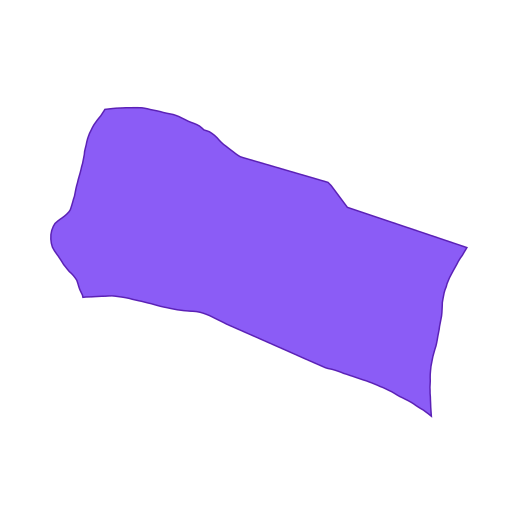 outline of Madghal Al Jid'an, Ma'rib, Yemen, rotated 11°
{"feature_id": "15242507B52101237320931", "entity_name": "Madghal Al Jid'an", "entity_type": "district", "adm_level": 2, "iso_a3": "YEM", "parent_name": "Yemen", "parent_adm1": "Ma'rib", "projection": "mercator", "projection_center": [45.029, 15.629], "detail": "fine", "context": "isolated", "style": "filled", "palette": "violet", "viewbox_px": 512, "rotation_deg": 11, "n_neighbors": 0, "source": "geoboundaries", "source_scale": "gbopen_adm2", "svg_char_len": 3248}
<svg xmlns="http://www.w3.org/2000/svg" viewBox="0 0 512 512"><g transform="rotate(11 256 256)"><path d="M79.7,140.9L79.2,142.3L78.1,145.0L76.9,148.0L75.5,150.5L74.2,153.0L73.0,155.6L71.8,158.3L70.9,161.1L70.0,164.5L69.2,167.3L68.7,170.3L68.3,173.1L68.1,176.4L68.1,179.3L67.9,182.8L67.8,186.2L68.1,189.1L68.1,192.0L68.1,195.4L68.1,198.3L67.8,201.4L67.7,205.0L67.5,208.2L67.2,211.6L66.9,215.0L66.8,217.9L66.5,221.5L66.4,224.6L66.4,228.6L66.4,232.0L66.0,235.0L65.8,237.9L65.5,241.1L65.1,244.6L64.8,246.4L63.9,248.4L62.1,251.2L60.3,253.5L58.2,255.8L56.9,257.1L54.8,259.4L52.5,262.4L51.4,265.5L50.6,269.9L50.6,274.1L51.4,278.6L52.6,282.4L54.5,286.2L57.1,289.3L60.3,292.4L62.4,294.3L62.5,294.5L64.9,296.9L66.8,298.9L68.9,301.2L71.2,303.1L73.5,305.1L75.7,306.9L78.2,308.4L80.4,310.0L82.6,311.9L84.7,314.0L86.3,316.8L88.0,320.1L89.4,322.5L91.3,325.1L93.1,327.5L94.0,329.6L96.5,328.8L99.5,328.1L102.6,327.4L105.3,326.7L108.1,326.0L112.0,325.0L115.8,324.2L118.7,323.4L122.2,322.6L125.3,322.3L129.0,322.1L132.2,321.9L135.7,321.8L139.5,321.8L143.0,322.1L146.5,322.2L149.4,322.3L152.3,322.3L155.2,322.5L158.6,322.7L162.2,322.8L165.4,323.1L168.9,323.4L171.8,323.6L175.2,323.7L178.8,323.7L182.4,323.8L186.1,323.8L189.0,323.8L192.0,323.6L195.5,323.4L198.9,323.0L201.9,322.7L205.3,322.2L208.4,321.9L211.8,321.9L215.0,322.2L218.3,322.7L221.5,323.3L224.5,324.1L227.3,324.9L230.6,325.8L233.6,326.6L236.9,327.5L240.2,328.5L278.2,337.1L310.2,344.4L324.0,347.6L345.4,352.4L348.3,352.7L352.0,352.7L355.3,353.0L358.4,353.4L361.7,353.9L364.4,354.5L367.7,354.8L370.9,355.3L373.7,355.6L376.4,356.0L379.3,356.4L382.1,356.8L385.1,357.2L388.2,357.5L390.9,358.0L394.0,358.5L397.0,359.1L400.0,359.7L402.7,360.4L405.8,360.9L408.9,361.7L412.2,362.6L415.0,363.3L418.1,364.4L421.0,365.5L423.9,366.5L426.8,367.2L429.5,368.0L432.8,368.9L436.2,370.0L438.8,371.0L441.4,372.2L444.1,373.3L446.7,374.3L449.7,375.3L452.3,376.6L455.1,377.9L457.9,379.4L458.7,379.8L458.2,378.0L457.4,375.0L456.4,371.2L455.5,367.3L454.7,364.0L454.0,360.9L453.1,357.7L452.5,354.7L451.8,351.8L451.4,348.9L450.9,345.4L450.2,342.3L449.6,338.9L449.2,335.3L449.0,333.0L448.8,331.1L448.8,328.2L448.8,323.9L448.8,320.9L449.1,317.0L449.4,313.4L449.8,310.0L449.9,307.0L449.9,303.6L449.8,300.1L449.8,296.7L449.8,293.4L449.6,289.9L449.6,286.9L449.6,283.0L449.6,279.6L449.3,276.3L448.8,272.7L448.3,269.2L447.8,266.2L447.7,262.3L447.7,259.1L447.7,256.2L448.0,253.0L448.6,249.9L448.8,246.8L449.5,243.3L450.1,240.4L451.2,236.7L452.5,232.5L453.7,228.9L454.8,225.5L455.6,222.7L457.0,219.0L458.4,216.0L459.6,212.5L460.6,209.8L461.4,207.5L336.4,190.8L316.4,172.6L312.6,170.0L224.4,161.9L221.5,161.5L218.8,160.5L216.2,159.3L213.7,158.0L211.0,156.7L208.4,155.4L205.7,154.0L202.9,152.7L200.0,150.9L197.6,149.2L195.3,147.4L192.1,145.4L189.2,144.0L186.5,142.9L183.8,142.5L180.9,142.2L178.5,140.7L175.7,139.2L172.8,138.3L169.9,137.7L166.7,137.2L163.7,136.6L160.2,135.6L157.2,134.8L153.6,133.8L150.7,133.3L147.7,132.9L144.4,132.9L141.0,132.9L137.6,132.8L134.4,132.5L131.0,132.4L127.9,132.4L124.5,132.4L121.6,132.2L118.5,132.2L115.7,132.3L112.7,132.8L110.0,133.3L106.5,134.0L103.1,134.7L100.4,135.2L96.8,136.1L93.4,136.9L90.5,137.6L87.4,138.5L84.2,139.5L81.1,140.5L79.7,140.9Z" fill="#8b5cf6" stroke="#5b21b6" stroke-width="1.5"/></g></svg>